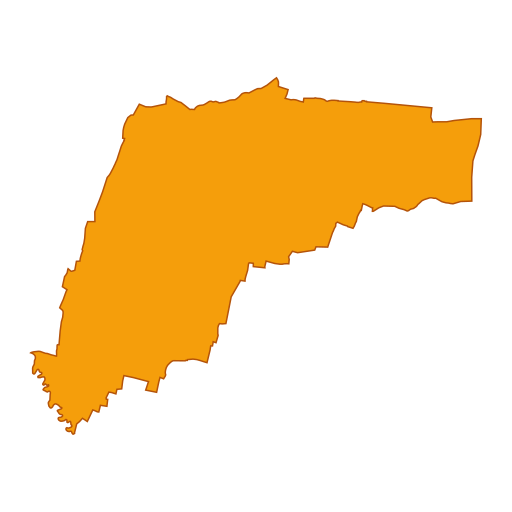 Santo Tomás, Atlántico, Colombia
{"feature_id": "7082276B26662960638408", "entity_name": "Santo Tomás", "entity_type": "district", "adm_level": 2, "iso_a3": "COL", "parent_name": "Colombia", "parent_adm1": "Atlántico", "projection": "orthographic", "projection_center": [-74.801, 10.735], "detail": "fine", "context": "isolated", "style": "filled", "palette": "amber", "viewbox_px": 512, "rotation_deg": 0, "n_neighbors": 0, "source": "geoboundaries", "source_scale": "gbopen_adm2", "svg_char_len": 5872}
<svg xmlns="http://www.w3.org/2000/svg" viewBox="0 0 512 512"><path d="M471.8,201.1L471.7,177.3L472.9,160.9L475.0,154.3L478.0,145.9L480.7,134.5L481.3,118.7L471.5,118.7L454.1,120.5L446.7,121.8L438.0,121.8L432.6,122.0L430.8,117.0L431.8,107.8L385.2,103.4L366.5,101.8L366.5,101.3L364.8,101.2L364.4,101.0L364.2,100.7L362.2,100.7L361.6,101.5L361.6,102.0L361.1,101.9L358.4,102.4L356.4,102.3L355.1,102.1L350.1,101.7L338.1,101.0L338.1,100.6L334.4,100.3L331.6,100.3L330.2,100.5L328.9,100.8L327.4,101.3L326.9,101.3L326.2,101.0L324.6,99.8L323.6,99.4L321.9,98.9L320.3,98.5L317.1,98.3L315.2,97.9L314.4,98.1L314.2,98.3L303.9,98.3L303.8,98.6L303.3,102.0L300.3,101.4L296.4,100.0L295.3,99.8L293.7,99.6L292.0,99.7L291.6,99.8L290.9,99.8L285.1,98.4L287.0,94.0L288.1,89.6L278.4,86.5L278.5,83.1L278.4,81.7L277.7,79.8L276.5,77.8L274.0,79.6L267.0,85.2L261.3,88.4L260.9,88.5L258.0,88.6L257.4,88.7L254.8,89.9L249.1,92.9L248.3,92.9L247.0,92.7L245.4,92.7L244.2,92.9L242.7,93.4L241.8,93.9L239.0,96.9L237.0,98.5L235.3,99.6L234.7,99.8L232.1,99.9L229.6,100.2L226.0,101.6L224.3,102.2L220.5,102.8L219.0,102.9L218.7,102.5L215.9,101.4L215.4,101.4L213.6,101.9L212.6,101.8L211.1,101.2L209.8,101.3L208.9,101.7L206.3,103.4L204.0,104.7L202.6,105.1L199.5,105.4L198.1,105.9L197.3,106.3L195.6,107.7L195.1,108.3L194.5,109.5L191.1,109.3L189.9,109.5L185.3,105.8L181.0,102.5L178.1,101.6L173.2,99.0L170.6,97.3L168.7,96.6L167.2,95.8L166.5,96.8L166.6,97.4L166.5,99.2L166.1,101.7L166.0,103.9L152.4,106.8L151.1,107.0L145.7,106.8L139.3,104.2L133.3,115.0L131.9,115.0L130.8,115.2L127.8,117.6L124.7,124.1L123.7,127.4L123.1,130.5L122.7,138.2L124.6,138.5L123.9,140.4L124.2,140.7L124.0,140.9L122.7,143.3L121.3,146.2L119.6,151.6L118.7,154.3L117.0,159.7L115.5,162.9L115.2,163.8L114.1,166.0L113.2,168.0L110.3,173.5L109.1,175.3L107.2,177.5L102.6,191.8L99.4,200.3L94.8,211.8L94.9,221.6L87.7,221.6L85.4,228.3L84.7,238.2L84.1,242.0L83.8,243.6L82.9,246.5L82.8,247.1L82.2,249.3L82.2,249.8L82.7,250.7L82.7,250.9L81.7,253.3L80.7,256.7L80.3,258.3L79.9,261.1L76.4,261.3L74.8,270.3L72.0,271.2L71.3,271.3L70.7,271.0L68.1,268.7L67.8,269.4L67.3,272.1L67.1,272.9L65.5,275.5L64.6,276.5L62.4,286.7L67.0,289.7L66.0,291.8L63.2,299.7L60.6,305.5L59.7,307.8L62.4,310.2L62.8,310.8L63.1,311.7L63.1,313.2L62.7,317.2L61.4,321.8L60.2,330.7L59.0,344.7L57.7,344.7L57.3,344.9L57.1,345.5L57.0,348.9L56.5,350.9L56.6,354.7L56.5,356.1L55.6,356.0L54.4,355.6L51.1,354.8L47.4,353.5L45.4,353.3L40.0,351.4L38.4,351.3L33.9,351.8L32.1,352.2L30.8,352.7L30.7,352.8L31.4,353.0L32.8,353.6L34.2,354.7L34.7,355.3L35.2,356.1L35.4,357.4L35.3,358.8L34.5,360.7L34.3,364.1L32.9,366.9L32.6,368.2L32.7,373.1L33.5,373.9L34.4,373.9L35.0,373.3L36.9,370.1L37.4,369.5L38.4,369.4L39.0,370.1L39.1,370.9L39.7,372.0L40.4,372.3L41.2,372.4L41.7,372.7L41.8,373.2L41.5,374.3L40.6,374.6L38.0,376.3L37.8,376.9L38.2,377.6L38.9,377.5L40.0,377.7L41.3,377.2L42.9,376.9L44.1,376.9L44.7,377.7L45.0,378.8L44.9,380.0L42.8,383.8L42.8,384.4L43.1,384.8L43.6,385.1L44.3,384.8L44.8,384.1L45.5,383.9L45.8,384.1L46.2,384.7L46.9,385.2L48.5,384.8L48.7,385.4L48.5,386.2L47.4,386.7L44.7,387.5L43.8,388.5L43.1,389.4L43.2,389.9L44.5,390.7L45.4,390.9L46.2,391.6L47.4,392.0L48.8,391.2L49.4,391.2L49.9,391.5L50.3,392.2L50.4,392.9L50.2,394.2L49.9,400.1L48.4,402.3L48.3,403.0L48.4,403.9L48.9,406.1L50.3,407.9L51.1,408.0L51.8,407.6L52.5,406.9L53.6,404.9L54.9,404.0L55.9,403.9L56.7,404.2L58.6,405.3L59.8,406.7L60.3,407.1L61.7,407.6L61.8,408.2L61.3,408.8L57.6,410.3L57.3,410.8L57.7,411.5L58.4,412.3L58.9,413.2L59.5,413.9L60.3,414.4L61.8,414.6L62.5,415.2L62.6,415.9L62.2,416.5L61.0,417.2L59.3,417.4L58.5,417.7L58.2,418.3L58.2,418.9L58.5,419.6L58.8,420.1L60.1,421.0L60.8,421.2L61.8,421.2L63.8,420.8L64.7,420.4L65.8,419.5L66.4,419.6L66.9,420.1L67.0,422.2L67.8,422.6L68.8,422.1L69.6,421.4L70.3,421.4L70.7,422.0L71.0,424.6L71.6,425.0L71.8,425.5L71.8,426.3L71.4,426.9L70.3,427.5L68.6,428.1L67.7,428.0L66.9,427.7L66.3,428.0L66.0,428.6L66.0,429.4L66.3,430.1L67.0,430.8L67.6,431.2L69.2,431.6L69.9,431.3L70.5,431.2L71.2,431.4L71.7,432.2L72.1,433.2L72.9,434.1L73.1,434.2L74.5,433.5L74.4,433.3L76.7,423.9L79.5,421.6L82.5,418.3L87.3,421.5L92.8,409.9L95.4,410.9L97.2,411.8L98.8,412.0L100.4,405.3L106.9,406.3L107.7,399.4L106.3,399.2L106.1,397.9L108.9,392.1L111.8,392.6L115.9,393.9L116.9,389.3L121.7,388.9L122.7,380.8L123.9,375.6L133.5,377.6L148.5,381.6L145.7,390.1L156.6,392.3L158.8,381.9L160.0,377.4L163.6,378.8L165.2,376.2L165.7,374.9L165.3,373.2L165.3,371.9L165.6,369.9L166.3,367.6L167.4,365.6L168.2,364.6L169.8,363.0L171.2,361.8L172.6,360.9L173.6,360.7L185.3,360.8L185.6,360.4L187.3,360.4L187.4,359.6L193.0,359.1L196.9,359.6L200.1,360.5L203.5,361.6L207.0,362.7L210.1,349.9L210.7,345.9L212.5,345.9L213.2,341.7L216.0,342.7L218.0,335.9L218.1,335.2L217.8,333.8L217.8,327.9L218.4,325.5L219.5,323.6L222.1,323.9L225.9,323.6L231.2,296.8L240.0,281.5L240.3,280.4L245.0,281.1L245.1,279.2L245.7,276.7L247.6,270.4L248.5,263.9L249.2,262.8L253.3,263.3L253.3,266.6L264.9,267.8L264.8,266.6L266.1,261.1L274.8,263.5L279.9,264.2L282.2,264.2L284.3,263.8L286.9,263.7L288.8,263.8L289.2,259.5L288.6,256.7L292.4,251.3L297.6,252.7L314.7,250.1L316.0,246.8L327.7,247.1L332.5,232.6L333.4,230.8L334.2,228.7L335.7,226.1L335.8,223.4L337.4,222.1L343.3,224.8L347.5,226.1L347.7,226.6L353.0,228.3L354.3,226.1L355.6,222.7L356.3,221.6L357.3,216.8L359.0,213.3L360.0,211.8L360.7,210.2L361.3,210.4L362.2,205.9L362.8,203.7L365.0,204.4L367.2,205.4L371.9,207.8L372.3,208.0L372.6,207.9L372.4,211.3L373.2,211.3L374.1,210.8L378.8,207.8L381.9,206.6L383.6,206.0L394.7,206.3L395.4,206.5L395.6,206.7L399.1,208.3L404.2,209.7L407.1,211.0L407.9,210.9L409.0,210.4L409.3,210.0L410.6,209.2L412.5,208.7L413.4,208.5L414.1,208.1L414.5,207.7L415.7,207.0L416.8,206.0L417.9,204.4L418.8,203.7L422.0,200.7L424.3,199.6L429.8,197.8L431.7,197.8L434.2,198.3L435.7,198.2L441.9,201.7L445.9,202.8L448.8,203.1L450.3,203.5L453.0,203.8L460.7,201.5L471.8,201.1Z" fill="#f59e0b" stroke="#b45309" stroke-width="1.5"/></svg>